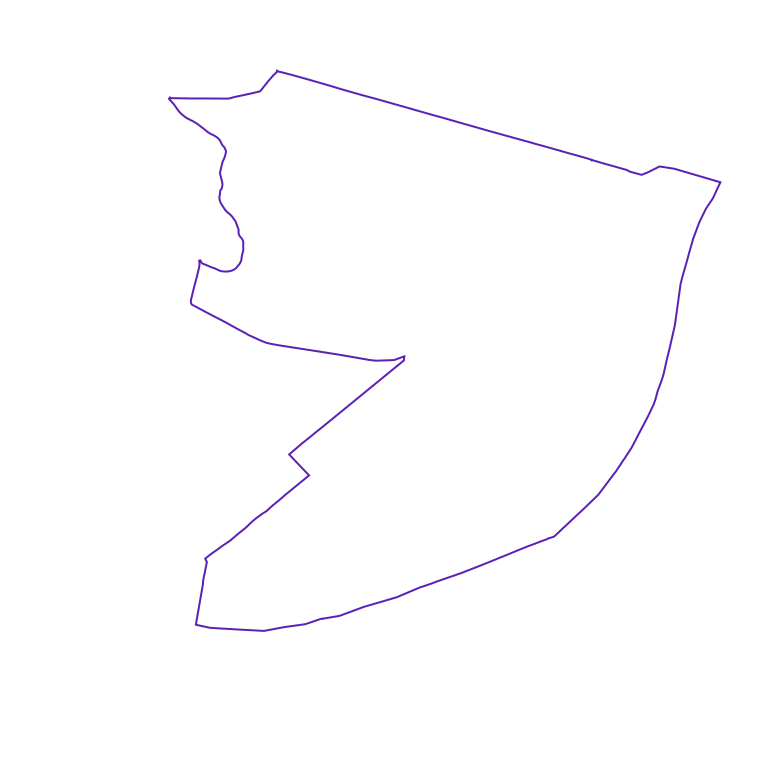 outline of I.C.Bratianu, Tulcea, Romania, rotated 194°
{"feature_id": "2599482B65427489105353", "entity_name": "I.C.Bratianu", "entity_type": "district", "adm_level": 2, "iso_a3": "ROU", "parent_name": "Romania", "parent_adm1": "Tulcea", "projection": "equal_earth", "projection_center": [28.083, 45.4], "detail": "fine", "context": "isolated", "style": "outline", "palette": "violet", "viewbox_px": 768, "rotation_deg": 194, "n_neighbors": 0, "source": "geoboundaries", "source_scale": "gbopen_adm2", "svg_char_len": 4042}
<svg xmlns="http://www.w3.org/2000/svg" viewBox="0 0 768 768"><g transform="rotate(194 384 384)"><path d="M106.4,661.1L149.8,662.9L154.2,663.1L167.6,661.9L169.3,661.7L172.8,658.7L179.7,652.8L184.6,649.3L192.7,649.4L196.0,649.5L197.1,649.5L199.3,650.2L200.2,650.4L219.3,651.0L224.2,651.1L235.2,651.6L236.6,651.2L236.7,651.8L238.5,651.9L242.5,652.1L251.7,652.4L261.3,652.6L263.8,652.7L269.1,652.9L278.8,653.2L288.4,653.5L294.4,653.6L305.4,654.0L305.8,653.9L307.8,654.0L322.8,654.4L327.5,654.5L338.5,654.8L342.4,654.9L348.3,655.1L351.2,655.2L357.6,655.4L378.4,656.1L381.9,656.2L389.4,656.5L390.4,656.5L392.6,656.6L401.8,656.8L447.3,658.3L459.6,658.7L475.4,659.0L487.7,659.4L496.3,659.7L506.4,660.2L524.4,660.9L547.8,661.6L559.2,661.7L561.5,661.6L563.6,662.1L563.5,660.7L566.0,656.9L569.8,649.4L574.5,639.0L575.0,638.3L575.6,637.7L584.1,633.3L599.5,625.8L601.2,624.7L603.0,623.7L604.7,623.1L622.0,618.9L641.5,614.1L657.8,610.3L660.0,609.8L661.0,610.2L661.6,608.6L655.6,604.6L649.8,599.6L647.1,597.7L645.2,596.6L640.2,594.4L634.7,593.1L633.7,593.0L628.2,591.3L620.8,588.1L615.7,585.7L615.3,585.6L612.0,584.5L610.3,584.4L605.9,583.0L604.4,582.3L601.9,580.5L600.0,578.2L599.1,577.1L598.5,576.6L596.1,575.0L594.3,572.7L593.4,571.3L593.4,566.9L593.7,563.8L594.3,561.2L594.4,556.9L594.3,551.4L594.2,549.0L594.0,548.5L590.2,541.4L589.0,538.6L588.7,535.0L589.0,533.5L589.5,532.7L589.6,530.8L589.1,528.6L589.0,526.2L588.8,524.7L587.8,522.6L586.6,520.6L584.6,518.5L579.8,514.1L578.8,513.7L578.5,513.2L577.0,512.5L575.4,511.9L573.4,510.7L571.7,509.6L570.0,508.1L567.9,506.4L566.9,505.1L562.7,499.0L562.2,498.2L562.1,496.9L561.4,494.7L560.7,493.6L559.2,492.1L557.8,491.2L557.1,490.6L556.3,489.9L555.7,489.2L555.0,488.0L554.6,486.5L553.7,482.7L552.9,480.0L552.9,475.3L552.8,472.5L552.4,470.0L552.5,468.4L553.1,465.9L554.5,462.9L555.7,460.4L557.2,458.7L559.2,457.1L561.8,455.8L562.4,455.5L565.2,454.7L567.6,454.3L569.4,454.1L571.3,454.3L576.1,455.2L580.4,455.6L584.4,456.3L589.0,456.9L590.1,457.4L591.1,458.3L592.1,459.5L592.6,459.3L593.2,458.9L592.3,456.7L591.8,455.0L591.6,451.4L591.5,443.3L591.7,433.3L591.7,426.8L591.6,422.8L591.7,419.9L591.5,417.7L590.7,415.7L590.1,415.0L589.4,414.5L574.7,410.8L564.8,408.4L553.3,405.7L542.2,402.7L537.6,401.5L530.2,399.7L527.6,398.8L513.4,396.2L507.6,395.5L501.7,395.7L496.8,396.0L472.3,398.2L436.6,401.4L417.9,402.8L404.9,403.7L397.7,404.6L380.1,409.6L377.4,411.4L371.0,415.7L370.4,411.7L433.4,327.3L438.7,320.4L443.9,313.4L449.2,306.5L459.0,292.7L434.6,277.2L452.8,252.8L457.9,245.5L458.4,244.9L462.7,239.1L464.8,236.1L466.8,232.9L468.1,231.3L470.8,228.6L473.3,225.6L475.9,222.4L478.7,218.5L480.4,215.9L481.7,213.7L483.4,211.1L487.3,205.9L489.1,203.6L495.4,194.8L501.7,187.8L506.6,181.9L509.9,178.2L515.2,171.4L514.9,170.9L512.8,168.4L512.3,158.4L512.1,152.2L511.7,147.7L511.3,146.4L510.6,136.7L508.3,104.9L504.5,105.0L494.6,105.3L493.6,105.4L484.8,107.0L467.2,110.3L440.7,115.4L421.7,124.1L410.7,128.5L402.5,131.8L401.8,132.2L388.3,140.9L387.0,141.5L386.7,141.3L386.5,141.5L371.0,148.3L354.3,159.7L349.1,163.2L320.2,180.1L313.2,185.3L312.1,186.2L310.6,187.3L301.0,194.5L299.7,195.5L297.7,196.7L297.1,197.0L296.0,197.8L295.5,198.0L295.0,198.4L288.1,202.9L283.8,205.9L262.0,220.1L258.9,222.4L244.9,232.3L226.5,245.7L206.9,260.1L190.3,271.6L190.1,271.7L189.0,272.4L188.0,273.1L187.8,273.5L182.0,277.1L180.3,279.8L177.4,284.3L177.1,284.7L177.1,284.8L176.7,285.4L175.3,287.7L174.4,288.9L165.0,303.5L160.7,310.1L150.1,327.0L149.4,328.1L139.3,352.0L138.6,353.6L138.4,353.8L138.3,354.1L138.1,354.6L137.8,355.3L137.7,355.6L136.2,359.9L135.5,361.8L134.4,364.9L133.1,368.7L132.8,369.2L130.0,377.3L128.4,382.0L125.7,393.0L124.5,398.2L123.3,403.1L122.1,408.0L120.0,416.7L117.4,429.4L116.9,434.7L116.8,442.7L115.5,454.6L115.1,461.3L115.5,476.8L115.5,482.7L115.5,488.6L116.0,511.5L117.1,521.7L120.4,552.7L120.4,560.1L119.7,579.9L119.7,584.0L119.6,586.8L119.2,597.5L119.1,600.5L119.0,601.0L118.1,609.1L117.2,617.1L114.0,632.1L111.9,637.9L109.8,643.7L106.9,658.7L106.4,661.1Z" fill="none" stroke="#5b21b6" stroke-width="2"/></g></svg>